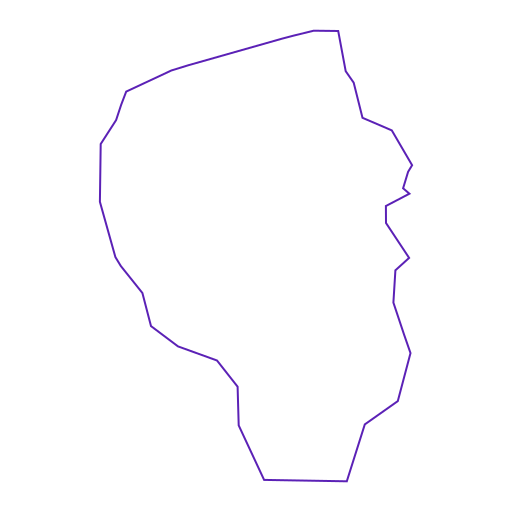 Fayette, Georgia, United States of America (orthographic projection)
{"feature_id": "52423323B65845799090272", "entity_name": "Fayette", "entity_type": "district", "adm_level": 2, "iso_a3": "USA", "parent_name": "United States of America", "parent_adm1": "Georgia", "projection": "orthographic", "projection_center": [-84.479, 33.404], "detail": "fine", "context": "isolated", "style": "outline", "palette": "violet", "viewbox_px": 512, "rotation_deg": 0, "n_neighbors": 0, "source": "geoboundaries", "source_scale": "gbopen_adm2", "svg_char_len": 585}
<svg xmlns="http://www.w3.org/2000/svg" viewBox="0 0 512 512"><path d="M404.0,334.4L393.4,302.6L395.4,270.3L409.1,257.9L386.0,223.0L385.9,206.0L409.4,193.7L403.1,188.3L408.1,171.8L412.1,165.2L391.8,130.4L362.5,117.8L353.7,82.7L345.7,71.2L338.2,31.0L313.7,30.7L293.7,35.6L281.9,38.7L188.5,65.2L171.3,70.5L126.2,91.6L121.2,104.7L116.1,120.1L100.7,144.0L99.9,201.8L115.4,257.1L120.8,266.0L142.4,293.0L151.0,326.1L178.0,346.4L217.0,360.5L237.6,386.7L238.7,425.4L264.1,479.9L346.8,481.3L364.8,424.4L397.8,401.1L410.5,353.1L404.0,334.4Z" fill="none" stroke="#5b21b6" stroke-width="2"/></svg>